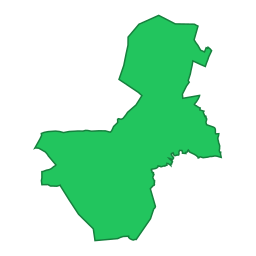 outline of Njikoka, Anambra, Nigeria
{"feature_id": "59680162B42022523568798", "entity_name": "Njikoka", "entity_type": "district", "adm_level": 2, "iso_a3": "NGA", "parent_name": "Nigeria", "parent_adm1": "Anambra", "projection": "albers", "projection_center": [7.011, 6.187], "detail": "fine", "context": "isolated", "style": "filled", "palette": "green", "viewbox_px": 256, "rotation_deg": 0, "n_neighbors": 0, "source": "geoboundaries", "source_scale": "gbopen_adm2", "svg_char_len": 3594}
<svg xmlns="http://www.w3.org/2000/svg" viewBox="0 0 256 256"><path d="M95.0,240.6L117.7,238.6L120.3,237.4L123.1,236.5L128.6,236.2L128.6,237.4L130.1,238.8L132.1,239.7L133.3,240.0L135.1,239.4L136.2,239.5L150.5,218.7L153.7,209.0L155.0,207.7L155.4,206.4L150.3,188.7L153.2,185.6L154.1,185.3L154.2,184.7L154.5,184.1L154.2,183.5L154.2,183.0L154.6,182.0L154.3,181.3L154.6,180.8L154.0,180.2L153.3,178.8L152.9,177.9L152.8,176.9L153.4,175.9L153.9,174.4L153.1,174.0L153.0,173.7L153.3,173.5L153.5,173.2L153.4,172.6L152.0,172.1L152.0,171.7L151.9,170.8L151.3,170.2L151.4,169.3L151.8,169.2L152.8,169.0L153.9,168.8L155.1,168.6L156.2,168.2L157.4,167.5L157.9,166.9L158.1,165.9L159.4,166.3L160.0,166.2L160.6,166.7L161.6,166.7L162.7,166.3L163.6,166.0L164.9,166.1L165.0,165.6L165.4,165.5L166.9,165.3L166.9,163.4L168.2,163.6L169.6,164.6L170.2,164.9L170.8,165.5L170.7,164.6L171.6,163.9L171.3,163.6L171.7,163.0L172.5,161.8L171.9,161.1L170.7,159.9L169.5,158.9L169.0,158.3L169.7,158.5L171.0,159.0L172.1,159.5L172.5,159.7L173.6,158.0L173.5,157.5L173.4,157.3L172.8,157.0L172.4,156.4L171.8,155.4L171.4,154.7L171.8,154.3L171.8,154.1L171.4,153.8L171.9,153.3L173.1,152.8L173.6,154.1L174.2,155.6L174.8,155.6L175.6,155.6L177.1,154.9L177.7,155.1L178.6,155.0L179.0,154.0L178.9,152.4L179.0,151.7L179.6,150.4L181.9,150.5L182.0,150.7L182.3,151.9L182.6,152.7L182.5,153.2L184.4,153.4L185.9,153.5L185.7,152.4L186.8,152.1L187.6,151.8L187.8,150.5L188.3,150.0L189.8,152.1L190.2,152.4L190.8,152.6L194.3,154.3L196.1,155.4L198.0,157.1L198.1,157.9L198.8,157.9L199.3,157.3L200.3,156.8L201.7,157.3L203.1,157.7L207.9,157.1L209.9,156.5L210.5,156.5L211.7,156.5L213.6,156.2L214.4,156.0L215.5,156.0L217.1,156.2L218.7,156.7L220.1,157.1L221.2,157.4L220.5,153.9L220.6,153.1L220.7,152.2L219.7,152.1L219.5,151.3L219.3,150.7L219.3,150.0L219.5,149.4L219.6,148.6L219.6,147.5L219.7,146.4L219.6,145.4L219.3,144.7L219.2,144.0L218.8,143.4L218.3,140.9L217.8,138.9L217.7,138.1L218.0,137.9L217.9,137.2L218.5,135.9L218.8,133.7L215.9,133.9L215.4,133.1L215.4,132.4L215.4,130.5L215.3,129.1L214.6,127.8L213.4,127.1L206.6,124.7L205.9,122.1L206.5,120.2L206.7,119.1L206.4,119.0L206.4,118.6L206.2,118.5L206.0,116.8L205.7,116.1L204.9,116.5L204.4,115.1L203.7,113.5L203.4,112.6L203.4,112.1L203.5,111.8L203.9,111.2L201.9,110.6L199.8,109.9L200.2,108.0L199.5,107.8L197.2,106.5L196.4,105.8L195.8,105.7L194.4,104.5L194.6,104.0L195.5,102.7L196.0,102.3L196.7,101.3L197.4,100.1L198.2,98.9L198.9,97.4L199.6,95.7L199.6,95.4L191.1,96.9L182.8,98.3L182.4,94.1L186.5,86.0L189.2,82.2L188.2,80.7L190.3,74.0L191.0,70.4L192.1,65.5L192.9,60.9L200.4,64.4L205.3,66.5L206.6,62.7L207.8,59.7L208.7,56.9L211.6,50.7L210.2,49.0L208.0,47.2L207.5,48.3L206.2,47.7L204.5,51.9L200.6,50.2L197.9,45.4L195.8,42.6L194.1,39.8L198.0,26.1L195.9,25.1L194.8,24.4L194.1,24.2L175.2,23.9L158.7,15.4L139.0,24.2L128.1,37.1L128.0,45.2L126.1,53.9L123.8,65.4L119.0,79.4L138.4,92.4L141.9,95.6L139.3,99.8L136.0,105.0L127.6,112.3L126.1,114.6L123.2,118.3L121.2,119.3L118.5,118.7L117.6,119.3L117.7,122.5L116.2,124.0L113.6,126.5L113.1,127.7L111.6,130.9L110.3,132.2L105.4,130.9L98.9,130.8L91.3,131.2L87.8,130.5L85.5,130.4L83.0,131.1L78.0,131.0L74.8,131.2L69.2,131.5L63.5,132.6L59.5,131.5L55.5,131.1L48.1,131.6L44.1,132.4L41.3,133.5L41.6,135.4L40.1,138.7L34.8,148.2L35.5,147.9L38.8,148.2L45.4,152.0L47.7,154.7L48.1,155.6L55.9,164.9L54.8,166.1L53.9,166.5L51.6,168.4L50.3,169.2L48.8,169.7L46.4,170.2L43.0,171.5L41.9,171.6L41.9,178.1L41.4,180.5L41.9,184.7L48.0,184.6L50.0,185.8L50.9,186.1L51.9,186.0L56.9,186.2L60.2,185.2L60.3,185.7L69.3,200.1L78.6,214.3L93.3,228.8L95.0,240.6Z" fill="#22c55e" stroke="#15803d" stroke-width="1.5"/></svg>